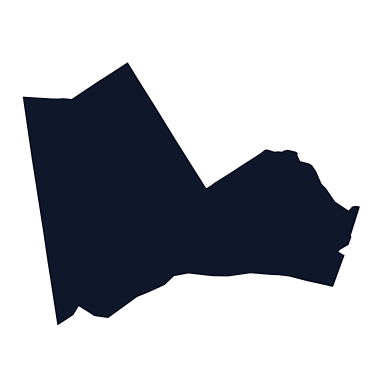 the district of Westchester, New York, United States of America, rotated 269°
{"feature_id": "52423323B83071826775288", "entity_name": "Westchester", "entity_type": "district", "adm_level": 2, "iso_a3": "USA", "parent_name": "United States of America", "parent_adm1": "New York", "projection": "equal_earth", "projection_center": [-73.743, 41.122], "detail": "fine", "context": "isolated", "style": "filled", "palette": "ink", "viewbox_px": 384, "rotation_deg": 269, "n_neighbors": 0, "source": "geoboundaries", "source_scale": "gbopen_adm2", "svg_char_len": 1222}
<svg xmlns="http://www.w3.org/2000/svg" viewBox="0 0 384 384"><g transform="rotate(269 192 192)"><path d="M62.2,55.7L71.6,70.6L80.9,76.5L70.3,92.7L68.3,105.8L80.1,122.7L88.7,135.0L93.7,147.8L100.2,162.7L108.9,172.1L111.4,186.9L108.2,211.1L107.7,226.4L110.5,249.0L108.3,271.1L108.1,276.6L106.7,287.2L105.5,291.8L102.3,303.2L101.1,307.8L96.8,325.9L95.7,329.6L95.6,330.9L116.2,338.8L125.7,342.5L129.5,336.1L132.4,338.7L136.9,346.9L142.7,349.2L144.4,349.8L144.8,348.9L165.4,355.8L174.0,358.7L174.5,355.8L174.0,352.2L172.2,350.8L169.7,348.3L179.4,334.3L192.4,325.8L197.6,321.0L210.0,315.9L216.0,312.0L217.7,309.5L220.4,300.0L227.4,297.0L228.7,297.7L229.8,296.2L231.8,288.6L231.1,284.8L231.0,284.6L229.9,282.9L230.4,279.1L230.1,275.0L232.0,269.4L232.5,266.7L232.2,266.0L228.4,260.7L224.3,254.2L219.4,246.2L215.6,240.1L211.9,234.3L205.7,224.1L200.2,215.0L197.2,210.9L194.5,206.0L211.0,196.0L240.3,178.3L244.2,175.9L253.4,170.5L279.1,155.3L284.4,152.1L305.2,139.5L307.9,137.9L314.9,133.8L320.6,130.4L321.8,129.7L311.4,113.1L303.2,99.8L286.3,73.5L287.3,65.2L287.0,59.6L287.3,52.5L289.2,28.6L289.5,25.3L229.7,32.9L167.4,41.5L158.3,42.8L124.8,47.1L108.5,49.4L62.2,55.7Z" fill="#0f172a" stroke="#020617" stroke-width="1.5"/></g></svg>